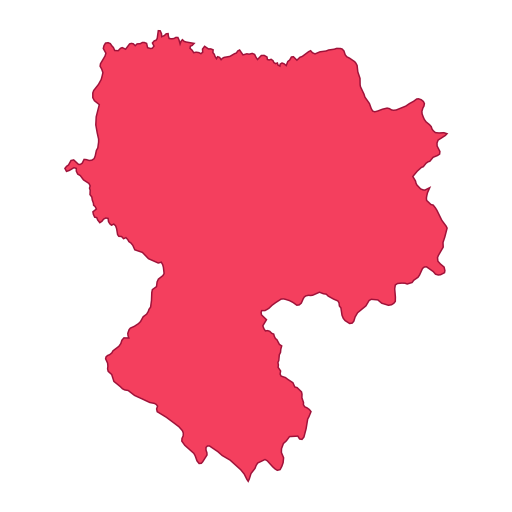 Ibiá, Minas Gerais, Brazil
{"feature_id": "56859067B12379511984109", "entity_name": "Ibiá", "entity_type": "district", "adm_level": 2, "iso_a3": "BRA", "parent_name": "Brazil", "parent_adm1": "Minas Gerais", "projection": "natural_earth1", "projection_center": [-46.592, -19.604], "detail": "fine", "context": "isolated", "style": "filled", "palette": "rose", "viewbox_px": 512, "rotation_deg": 0, "n_neighbors": 0, "source": "geoboundaries", "source_scale": "gbopen_adm2", "svg_char_len": 5922}
<svg xmlns="http://www.w3.org/2000/svg" viewBox="0 0 512 512"><path d="M111.7,374.5L113.9,381.4L120.4,386.7L122.5,388.8L124.7,389.9L128.2,390.5L134.5,395.4L149.8,402.5L154.4,403.4L156.2,404.4L157.6,406.1L156.6,408.9L157.2,411.7L166.4,417.3L179.0,426.8L182.4,430.7L183.3,433.0L183.2,435.8L182.0,438.4L181.8,441.1L184.8,445.3L193.8,453.3L195.1,455.6L197.0,460.9L199.1,463.5L201.3,463.3L202.6,461.9L207.0,455.0L206.9,452.7L206.0,450.1L206.0,447.4L207.4,446.0L209.4,445.9L217.8,451.6L222.2,455.5L230.1,460.1L240.7,469.7L244.2,474.0L246.9,479.4L248.2,481.3L249.3,478.9L251.0,473.5L255.0,468.4L256.1,465.5L257.7,463.0L265.0,459.5L267.3,460.8L272.7,466.8L275.0,468.9L277.3,470.3L280.1,469.6L281.8,466.4L283.1,462.7L283.6,457.8L281.4,452.5L281.5,448.7L283.4,443.5L286.3,440.9L289.5,436.6L297.8,436.1L299.6,439.0L302.0,439.4L303.9,437.1L306.1,428.7L307.7,419.0L308.9,416.8L311.0,411.6L309.3,409.5L307.1,407.9L304.7,406.8L303.4,404.7L303.5,402.5L301.9,397.8L302.0,394.2L301.5,391.9L297.1,387.6L294.8,387.0L292.9,382.7L287.7,379.3L285.5,377.6L281.1,376.1L280.1,374.1L280.6,371.0L278.1,367.3L278.4,364.9L277.9,362.6L278.8,360.4L279.3,354.8L280.5,352.4L280.8,349.2L281.7,345.9L279.4,344.4L276.9,339.7L275.4,338.5L274.3,336.3L273.7,334.1L271.7,333.3L269.7,331.3L267.4,330.6L265.4,330.9L263.9,328.7L262.8,325.8L266.5,319.7L261.5,314.9L261.1,312.5L261.7,310.6L264.9,310.6L267.1,309.4L268.9,308.3L272.1,305.2L275.8,302.5L281.1,299.1L283.6,298.9L285.7,299.4L289.5,300.6L293.1,302.5L296.8,305.2L299.2,304.9L301.3,303.1L303.2,298.8L304.2,297.1L305.8,295.9L308.4,295.3L310.7,295.5L312.7,295.2L319.5,292.2L323.3,293.7L326.3,294.2L328.2,296.1L333.6,299.1L337.8,300.9L339.0,302.8L339.4,306.0L340.9,307.9L342.0,315.2L343.3,318.4L345.1,320.6L349.6,323.5L352.2,323.1L353.8,321.2L355.1,317.0L357.6,312.7L365.9,305.9L369.1,300.5L371.3,299.3L377.8,299.9L381.7,303.2L388.5,305.3L391.6,304.7L393.9,303.2L395.3,301.4L395.4,297.1L394.7,288.8L395.3,285.0L397.5,283.5L401.6,283.1L404.9,283.2L407.2,284.0L412.1,282.5L413.8,280.2L418.0,277.3L419.5,275.1L422.5,268.5L424.3,267.0L426.5,266.8L433.3,271.6L435.5,274.2L438.3,275.0L440.6,274.7L444.5,272.7L444.9,270.6L444.1,267.1L440.3,263.9L437.9,261.2L437.5,257.6L438.4,255.4L443.2,247.1L443.0,242.5L444.8,237.0L447.1,228.1L446.1,226.1L441.8,220.3L436.9,210.3L435.4,207.9L433.2,205.1L430.9,204.5L426.6,200.4L426.4,198.0L426.8,195.6L427.5,192.7L429.7,187.7L424.9,190.1L423.1,189.9L420.6,188.9L416.9,185.0L416.0,183.2L415.5,181.0L412.8,176.5L417.3,171.1L421.4,167.4L423.3,166.7L426.0,163.3L428.1,161.8L429.8,161.3L433.1,157.3L437.5,155.5L439.6,154.1L439.9,151.5L437.1,146.0L437.0,143.0L438.1,140.1L445.4,135.4L447.0,133.7L443.9,132.7L439.0,133.0L435.4,132.6L433.4,130.9L432.1,129.2L431.2,126.6L429.6,124.8L426.0,121.8L424.3,119.4L423.2,116.9L422.1,113.9L421.9,111.3L422.9,107.9L423.9,106.2L424.4,103.6L423.4,101.5L421.2,99.7L418.5,98.8L416.7,99.0L413.6,101.3L409.4,103.6L405.8,106.1L396.2,110.0L393.5,110.3L391.5,109.9L389.4,108.6L387.1,108.1L382.5,109.2L377.5,111.1L374.7,111.8L372.6,111.0L371.2,108.5L369.4,103.5L364.9,97.1L364.0,94.2L360.5,86.8L360.1,84.8L360.0,78.4L357.8,71.8L357.1,65.5L355.9,63.2L354.7,61.7L349.6,58.2L346.8,56.8L345.2,54.8L343.9,50.9L342.1,49.0L340.4,48.5L336.6,48.4L334.3,49.2L328.6,50.0L326.1,51.0L320.0,51.8L315.0,53.9L312.4,52.7L310.6,50.7L308.6,51.7L302.3,56.4L299.9,57.3L296.9,60.2L293.4,56.7L291.4,57.0L289.7,60.0L287.8,61.5L286.2,65.6L284.1,63.8L282.0,63.0L280.2,64.1L279.9,66.1L277.9,65.0L277.4,63.0L275.6,63.6L273.9,62.6L273.0,60.7L271.1,59.3L269.2,60.0L267.4,59.5L267.0,57.0L264.2,55.4L261.3,55.5L257.5,59.5L255.9,57.1L254.6,54.4L252.2,53.4L249.2,54.2L246.8,53.8L243.0,54.9L239.6,50.0L237.7,51.0L236.4,53.0L234.5,53.7L229.9,56.4L224.1,57.4L222.4,58.3L221.1,59.7L219.6,57.4L217.6,56.7L216.5,58.7L215.0,56.4L214.3,54.3L212.9,52.6L213.1,49.8L210.8,48.9L208.4,48.9L204.6,46.3L202.5,49.1L202.7,52.2L200.9,53.7L198.9,52.6L196.1,52.2L193.7,52.7L192.1,50.2L190.0,48.3L190.4,46.2L192.2,45.4L194.1,43.4L186.1,42.0L184.2,41.4L182.4,39.7L181.1,41.2L180.1,44.0L179.0,39.9L177.9,37.5L175.9,37.4L174.0,38.5L171.6,38.8L169.2,38.5L168.4,36.2L168.1,33.6L166.2,33.8L164.3,35.6L161.7,36.7L161.5,33.7L160.2,30.8L158.3,30.7L157.2,38.5L156.0,40.3L154.3,40.8L152.4,43.0L154.0,46.1L152.3,48.3L150.5,48.5L147.6,47.7L146.6,43.4L144.3,42.5L142.4,42.5L140.2,43.7L137.1,43.9L135.2,45.7L133.3,43.8L131.4,43.4L129.6,43.9L125.6,49.2L122.2,47.6L120.5,48.3L118.2,50.7L114.7,50.5L113.4,47.5L111.8,45.8L110.3,43.6L108.1,42.7L105.5,43.1L104.0,45.6L103.3,48.5L105.9,53.2L105.0,56.1L100.5,63.7L100.1,66.2L101.7,69.1L102.9,72.6L102.2,75.8L101.2,79.5L98.5,84.4L93.7,90.5L92.8,93.0L92.8,97.7L94.4,100.7L99.3,104.6L96.2,116.8L95.8,124.9L97.2,132.8L98.6,139.1L98.6,142.1L97.8,147.9L96.4,150.4L95.2,156.0L94.1,158.7L91.8,160.2L89.2,160.5L86.3,159.6L84.1,159.4L82.2,163.2L80.2,164.5L78.5,164.4L73.7,159.9L71.0,160.5L68.5,165.0L66.6,166.3L64.9,168.4L66.5,171.4L69.4,170.4L73.9,167.7L76.3,168.4L76.3,171.1L77.7,174.1L80.3,175.6L83.5,179.9L88.9,183.4L90.2,185.9L89.5,188.1L90.2,190.2L90.0,194.6L91.8,197.0L92.3,200.1L93.4,203.1L93.6,205.2L95.1,206.5L96.4,209.0L92.9,211.8L93.4,214.4L94.7,217.2L96.7,217.6L97.7,220.0L99.8,222.7L101.9,221.3L103.6,219.1L105.8,218.0L108.1,218.4L108.5,221.6L109.9,223.9L111.5,225.2L113.8,224.1L115.6,225.8L116.6,228.6L117.6,234.6L118.8,236.3L121.5,236.5L123.6,238.7L125.9,237.6L127.7,239.5L128.9,241.6L130.9,243.0L132.8,245.3L134.8,249.8L142.4,252.4L148.5,258.7L158.2,263.0L161.3,262.2L162.7,264.7L163.4,267.3L164.1,273.5L162.9,275.6L158.4,279.1L157.1,281.9L156.5,286.6L152.4,289.6L151.8,292.4L151.5,300.4L150.6,307.1L149.0,309.3L148.3,311.4L146.6,314.2L143.2,316.7L140.5,321.6L138.5,323.6L134.4,326.3L130.4,328.1L129.1,329.6L127.8,333.3L128.0,335.5L128.8,338.0L123.9,337.9L121.9,340.2L120.8,343.6L118.9,346.3L113.0,350.8L111.9,352.8L109.8,354.6L107.6,355.5L106.1,356.8L105.6,358.8L107.6,363.1L107.9,366.2L107.6,368.9L108.2,371.4L111.7,374.5Z" fill="#f43f5e" stroke="#9f1239" stroke-width="1.5"/></svg>